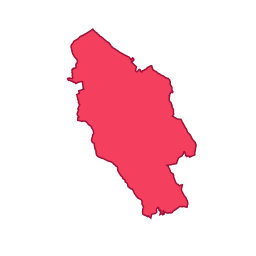 outline of Zimbor, Salaj, Romania, rotated 32°
{"feature_id": "2599482B6339690453814", "entity_name": "Zimbor", "entity_type": "district", "adm_level": 2, "iso_a3": "ROU", "parent_name": "Romania", "parent_adm1": "Salaj", "projection": "orthographic", "projection_center": [23.305, 46.975], "detail": "fine", "context": "isolated", "style": "filled", "palette": "rose", "viewbox_px": 256, "rotation_deg": 32, "n_neighbors": 0, "source": "geoboundaries", "source_scale": "gbopen_adm2", "svg_char_len": 5798}
<svg xmlns="http://www.w3.org/2000/svg" viewBox="0 0 256 256"><g transform="rotate(32 128 128)"><path d="M220.0,164.0L219.8,163.2L219.2,162.0L219.1,161.4L218.7,160.3L218.4,159.9L217.6,159.2L217.2,158.5L215.3,157.4L213.6,156.2L211.8,155.8L208.4,153.8L207.5,153.4L206.9,153.0L206.0,151.9L205.3,150.6L205.0,149.5L204.6,148.6L204.2,147.4L203.0,148.4L202.5,149.7L201.9,149.8L200.6,149.3L200.1,149.5L198.7,149.5L197.9,149.2L195.7,147.8L194.8,146.9L193.5,146.1L192.5,145.2L192.2,144.8L192.1,144.4L190.8,143.1L187.9,143.0L187.1,142.5L185.2,140.9L183.6,140.1L182.0,138.9L180.9,138.9L183.1,137.0L183.6,136.7L185.7,134.4L186.8,133.7L187.8,132.6L187.9,132.0L187.3,130.2L187.2,129.9L187.4,129.5L187.1,129.1L186.7,127.0L186.7,126.6L188.6,122.8L188.4,122.1L188.6,120.8L188.5,120.1L188.0,118.9L188.1,118.4L188.4,118.1L188.8,118.6L189.3,118.6L189.5,118.9L190.8,120.0L191.2,120.1L191.4,120.8L191.7,120.6L193.1,121.0L193.5,120.0L194.5,119.6L194.9,119.5L195.3,120.0L195.9,120.0L196.2,119.2L196.7,118.6L197.0,117.8L198.2,116.4L198.9,115.4L197.8,113.9L197.4,112.9L197.2,111.9L196.9,111.3L196.8,111.0L196.4,110.2L196.1,109.5L195.6,108.9L195.5,107.7L195.2,107.4L194.8,106.4L194.7,106.3L194.6,106.5L193.5,105.4L192.4,104.5L189.0,103.6L188.0,103.1L186.1,101.9L184.4,100.9L180.7,100.0L177.7,97.7L176.4,97.4L175.6,96.8L174.4,96.2L173.9,95.8L172.9,95.4L172.1,94.7L170.9,94.4L170.0,93.5L169.7,93.5L168.3,92.6L165.0,94.3L159.4,94.3L159.5,92.1L159.2,91.8L158.5,91.0L156.8,88.3L154.7,87.1L154.3,87.0L154.1,86.5L153.7,86.3L153.4,85.4L152.9,85.5L152.5,85.1L152.0,84.8L151.7,84.2L151.4,83.9L149.7,83.5L148.9,83.2L147.4,81.5L147.3,81.0L146.8,80.4L146.6,79.6L146.4,79.2L146.4,78.9L145.8,78.8L145.9,78.4L145.8,77.9L145.7,77.4L145.3,76.9L145.7,75.9L145.5,75.7L145.5,74.9L145.6,74.7L146.1,74.4L146.9,74.4L147.0,74.2L146.6,73.3L145.1,72.5L143.6,70.1L140.6,68.7L139.8,67.1L139.2,66.5L139.2,66.2L138.3,65.8L138.0,65.3L135.8,64.7L135.5,64.7L135.1,65.1L133.5,65.3L133.1,65.5L131.6,65.2L130.4,65.2L127.6,65.6L126.9,65.4L123.8,65.7L122.1,65.2L120.8,65.5L118.4,65.3L117.4,64.9L117.3,64.6L116.8,64.1L116.7,64.1L115.8,63.3L115.1,63.2L114.9,62.7L114.4,63.1L113.6,64.6L113.4,65.3L112.6,66.0L112.3,67.0L112.4,67.4L112.5,67.7L112.4,68.0L111.4,69.4L111.0,70.6L110.4,71.2L110.4,71.6L110.0,71.8L110.1,72.8L110.0,73.1L109.7,73.3L108.5,73.3L108.4,73.2L108.5,72.8L107.8,72.3L107.3,72.2L106.8,72.4L106.6,72.3L106.3,72.7L106.2,73.2L106.1,75.2L105.8,75.6L105.0,75.7L104.3,75.6L103.8,75.0L102.7,71.6L96.0,70.4L96.1,69.2L96.6,69.4L96.9,67.1L95.9,66.8L95.9,66.2L95.1,66.1L95.0,66.5L94.6,66.4L94.3,68.7L93.7,68.2L91.4,67.3L89.7,67.6L88.2,67.6L85.2,68.0L83.9,67.9L81.5,68.2L80.4,68.1L79.4,68.2L78.2,67.8L77.5,68.0L76.1,68.0L75.3,67.8L73.0,68.1L71.9,67.7L70.6,67.7L69.9,67.3L69.2,66.7L68.0,66.4L67.0,65.9L65.5,65.8L64.8,66.0L57.0,64.8L56.2,65.0L55.3,65.0L54.0,64.5L52.3,64.3L51.3,63.9L49.3,63.9L48.0,63.5L46.9,63.4L45.7,62.8L44.8,65.4L44.3,66.2L42.7,69.5L41.3,72.0L40.9,73.0L40.8,73.4L40.2,73.7L38.9,76.0L38.5,78.6L37.4,80.8L36.8,81.7L36.1,83.2L36.1,83.8L36.4,85.1L36.0,87.3L36.6,89.3L41.7,94.3L44.5,95.8L46.1,96.4L47.9,96.8L48.8,97.3L50.3,98.9L50.3,99.9L49.9,100.4L50.1,101.4L50.3,102.0L52.0,104.4L50.9,105.7L49.9,106.4L49.8,106.6L49.8,106.8L50.3,107.5L49.6,108.1L50.2,109.2L50.6,109.6L51.1,110.8L52.0,111.1L52.2,111.3L52.8,113.0L53.7,114.0L54.1,114.0L54.4,114.4L54.8,115.3L54.6,115.6L54.2,115.7L51.6,116.8L51.4,117.3L50.9,117.5L50.7,117.9L50.7,118.4L52.3,119.1L53.4,118.4L54.3,118.5L54.8,118.1L55.8,118.1L56.8,117.7L57.3,117.8L57.3,118.1L57.8,118.1L58.7,117.7L59.3,117.7L59.7,117.5L60.1,117.9L60.6,117.5L61.2,116.1L62.7,114.3L64.8,112.8L68.1,116.9L69.4,118.3L69.9,118.6L68.9,119.3L68.4,120.2L68.0,120.9L66.7,122.2L66.5,122.8L68.3,124.4L66.9,126.9L67.2,127.0L68.5,128.5L69.8,129.4L70.2,129.9L70.3,130.5L71.3,130.7L71.5,131.3L72.6,132.2L72.5,132.8L72.7,133.0L73.8,133.4L73.9,133.7L74.6,133.7L74.7,134.1L74.8,135.2L75.1,136.4L75.1,136.9L75.4,137.6L75.3,138.3L75.9,138.8L76.6,138.8L76.8,140.1L76.8,140.8L76.9,141.1L77.2,142.3L77.6,143.3L78.0,143.7L80.5,144.7L80.0,145.5L80.0,145.9L80.5,146.5L80.7,147.4L81.4,148.1L84.3,147.0L85.4,146.9L86.4,145.8L87.8,145.0L88.4,144.9L89.8,144.9L91.4,145.6L93.3,146.1L95.6,146.1L96.3,146.2L96.6,146.9L99.6,148.3L101.0,149.8L101.4,150.4L101.8,150.7L101.8,152.7L102.6,154.7L102.8,155.7L103.3,157.2L103.9,158.1L105.4,159.0L106.2,159.2L107.5,158.8L107.9,159.4L108.2,160.1L110.1,162.0L111.0,163.2L112.8,164.2L114.4,166.4L115.8,167.7L116.5,167.9L118.5,168.1L122.5,167.3L123.0,167.1L124.2,166.8L125.3,166.9L126.1,166.7L127.9,166.6L131.8,165.6L133.9,165.7L134.9,166.2L136.0,166.0L137.5,166.7L138.7,166.5L140.2,167.0L140.5,167.7L142.3,169.8L143.1,170.0L144.6,171.1L145.6,171.2L146.6,172.1L148.9,172.4L149.7,172.8L149.9,173.3L150.2,173.5L150.9,173.7L152.8,173.5L154.1,175.1L155.9,175.2L157.0,175.6L157.6,176.0L159.0,177.6L159.8,177.7L160.7,178.0L161.7,177.9L162.4,178.1L163.1,177.9L163.6,177.4L164.8,177.9L166.9,179.2L167.7,179.7L168.4,180.4L169.6,180.4L170.4,181.1L171.1,181.4L173.8,182.1L177.0,181.8L178.1,182.1L179.6,184.0L180.1,185.0L180.6,185.3L182.2,186.2L183.2,187.1L183.5,188.7L184.3,190.7L185.7,192.6L186.4,193.2L187.1,193.3L187.9,192.9L188.8,193.1L189.3,192.8L191.7,192.7L191.7,191.8L195.1,192.3L193.7,188.6L194.8,187.5L196.2,186.3L197.0,184.5L196.7,183.7L195.4,182.1L195.2,181.3L195.4,179.5L195.6,179.4L196.4,179.4L196.8,180.3L197.4,180.6L197.8,181.1L198.1,180.6L198.4,180.4L198.8,180.8L198.4,181.2L199.3,181.7L199.3,181.0L199.7,180.7L200.2,181.3L201.0,184.5L201.9,183.0L202.8,182.9L203.4,183.2L203.8,182.6L202.0,180.3L201.8,179.4L202.1,179.4L202.8,179.9L203.7,181.1L204.1,181.3L204.0,180.3L204.7,179.4L206.2,179.5L209.8,176.8L210.3,176.2L210.3,174.7L211.4,172.4L211.3,172.2L211.6,172.0L213.5,167.0L215.0,166.5L215.7,165.8L216.2,165.8L216.8,164.8L218.3,164.6L220.0,164.0Z" fill="#f43f5e" stroke="#9f1239" stroke-width="1.5"/></g></svg>